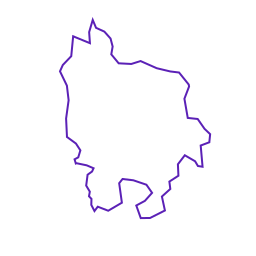 Dangara, Ferghana, Uzbekistan (orthographic projection), rotated 290°
{"feature_id": "79887680B26065504827015", "entity_name": "Dangara", "entity_type": "district", "adm_level": 2, "iso_a3": "UZB", "parent_name": "Uzbekistan", "parent_adm1": "Ferghana", "projection": "orthographic", "projection_center": [70.818, 40.63], "detail": "fine", "context": "isolated", "style": "outline", "palette": "violet", "viewbox_px": 256, "rotation_deg": 290, "n_neighbors": 0, "source": "geoboundaries", "source_scale": "gbopen_adm2", "svg_char_len": 961}
<svg xmlns="http://www.w3.org/2000/svg" viewBox="0 0 256 256"><g transform="rotate(290 128 128)"><path d="M150.3,207.3L153.4,200.2L160.3,190.4L157.9,180.7L174.8,171.0L187.9,171.2L189.6,170.2L197.6,157.0L195.6,148.4L194.0,134.5L195.2,116.9L189.3,109.2L185.6,97.1L191.5,87.1L199.3,85.7L206.1,81.0L210.5,72.8L211.2,63.7L217.5,57.9L204.8,58.7L194.7,63.2L195.4,45.1L176.1,50.1L164.9,45.2L158.0,44.7L146.9,56.1L133.8,62.7L115.7,66.6L100.2,73.1L98.7,73.7L95.6,84.4L90.7,90.9L83.4,91.3L80.3,88.5L76.8,91.1L77.3,91.6L78.8,102.0L78.4,109.4L74.8,109.1L70.3,106.0L59.6,108.4L55.1,113.9L50.5,114.7L48.9,117.9L43.2,119.8L38.5,124.9L43.7,126.5L43.5,137.7L55.7,147.8L73.1,138.6L78.2,140.3L80.7,150.9L81.0,164.7L75.3,172.8L65.3,168.8L58.0,162.3L47.7,170.8L51.0,179.5L63.1,190.9L75.2,183.3L85.2,188.6L91.8,185.2L100.4,191.7L111.0,187.3L121.8,190.7L119.7,202.4L116.2,206.7L117.1,211.3L136.4,202.3L142.4,209.3L150.3,207.3Z" fill="none" stroke="#5b21b6" stroke-width="2"/></g></svg>